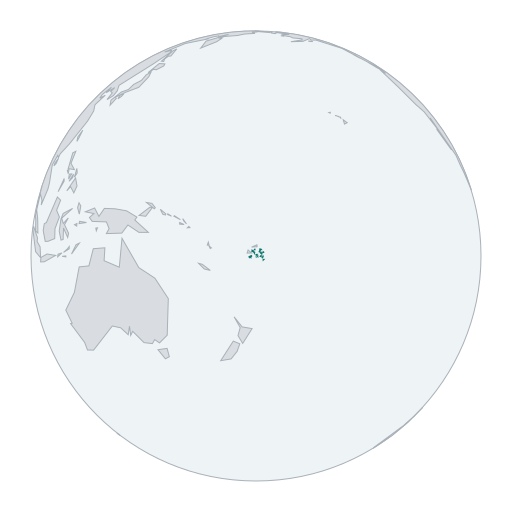 the Earth from above Eastern
{"feature_id": "FJI-2618", "entity_name": "Eastern", "entity_type": "Division", "adm_level": 1, "iso_a3": "FJI", "parent_name": "Fiji", "parent_adm1": "", "projection": "orthographic", "projection_center": [179.768, -18.91], "detail": "fine", "context": "on_globe", "style": "filled", "palette": "teal", "viewbox_px": 512, "rotation_deg": 0, "n_neighbors": 0, "source": "natural_earth", "source_scale": "10m", "svg_char_len": 7938}
<svg xmlns="http://www.w3.org/2000/svg" viewBox="0 0 512 512"><circle cx="256" cy="256" r="225" fill="#eef3f6" stroke="#a8b0b8"/><path d="M256.9,244.8L257.2,246.5L256.9,246.7L256.9,244.8ZM471.4,190.0L464.2,173.2L460.3,165.2L455.9,155.2L430.2,117.9L451.6,150.0L445.8,142.0L437.0,129.7L436.8,128.1L424.2,111.9L415.9,104.6L398.1,86.9L379.9,69.6L385.6,73.3L380.5,69.3L373.0,64.8L369.3,62.9L341.8,48.3L315.9,40.1L311.1,40.1L309.5,38.6L302.8,41.4L290.9,41.7L302.3,39.9L301.8,38.8L292.7,37.9L290.3,36.7L284.5,35.8L282.4,34.6L289.2,34.4L288.0,33.9L281.6,33.3L275.5,32.4L285.0,33.1L275.3,31.7L280.7,32.1L296.9,34.5L312.9,38.0L328.6,42.7L343.9,48.6L358.7,55.5L373.0,63.5L386.7,72.5L399.7,82.5L411.9,93.4L423.3,105.1L433.8,117.7L443.4,131.0L452.0,144.9L459.5,159.4L466.0,174.5L471.4,190.0ZM391.8,435.8L389.0,437.6L383.5,441.5L384.8,440.4L384.2,440.6L381.5,442.2L389.0,436.3L399.9,428.2L403.8,425.5L405.7,423.6L414.7,415.9L413.9,416.5L422.9,407.3L408.0,422.3L391.8,435.8ZM344.5,124.1L343.2,119.8L347.2,122.7L344.5,124.1ZM340.3,117.1L341.2,118.6L340.0,117.4L340.3,117.1ZM338.0,116.2L339.6,116.9L337.8,116.5L338.0,116.2ZM335.0,115.5L336.6,115.7L336.4,115.9L335.0,115.5ZM330.1,113.2L328.9,112.5L330.3,112.3L330.1,113.2ZM368.1,62.4L373.1,64.9L380.8,69.8L376.9,67.7L368.1,62.4ZM353.2,54.5L354.9,55.0L360.3,58.3L357.7,57.0L353.2,54.5ZM308.3,40.9L312.9,41.6L309.2,41.4L308.3,40.9ZM284.1,35.9L283.5,36.2L280.8,35.7L284.1,35.9ZM275.0,33.6L270.7,32.9L276.3,33.5L275.0,33.6ZM269.0,32.5L258.5,31.6L256.4,32.0L256.3,30.9L265.3,31.6L272.4,32.1L268.6,32.1L269.0,32.5ZM258.7,30.7L258.0,30.7L257.5,30.7L258.7,30.7ZM373.9,447.4L387.1,437.7L380.9,442.6L383.1,441.7L373.8,447.9L373.9,447.4ZM230.2,32.2L230.5,32.2L241.5,31.3L243.4,31.2L243.6,31.1L256.3,30.9L256.4,32.0L252.0,32.2L255.0,33.4L244.7,34.0L237.5,35.5L224.4,36.5L219.9,38.2L221.6,38.5L216.7,41.7L200.7,48.1L206.1,41.1L228.6,34.4L218.8,36.6L218.7,35.9L213.8,36.7L207.1,38.7L207.7,39.0L185.3,43.5L164.6,52.0L171.5,50.4L170.3,52.5L152.8,64.2L119.1,85.3L117.2,91.0L113.4,95.6L107.0,99.6L112.3,92.8L110.7,91.6L114.7,87.6L106.2,92.7L111.5,87.2L102.3,94.5L99.8,98.2L105.3,95.2L95.0,104.7L93.7,111.0L87.5,121.2L69.5,143.8L60.2,153.9L58.4,157.7L57.8,155.3L52.3,164.9L49.5,182.7L47.9,189.1L41.2,205.0L42.0,200.3L40.4,193.8L36.7,209.9L37.7,218.9L37.9,233.0L35.6,231.0L35.8,219.0L35.3,216.3L37.9,202.5L42.3,185.0L41.1,188.5L46.5,173.2L53.0,158.4L60.5,144.0L69.1,130.3L78.6,117.1L89.0,104.7L100.4,93.1L112.5,82.4L125.3,72.5L138.9,63.6L153.0,55.6L167.7,48.7L182.8,42.9L198.4,38.2L214.2,34.6L230.2,32.2ZM116.8,433.1L118.7,434.3L120.2,435.6L116.8,433.1ZM62.1,256.3L65.8,255.9L65.9,256.9L62.1,256.3ZM58.0,254.2L61.9,252.9L57.7,256.8L58.0,254.2ZM63.5,252.4L67.5,248.8L69.2,246.5L69.2,248.8L63.5,252.4ZM55.6,255.4L44.3,261.8L40.6,261.9L40.9,257.5L47.0,254.0L55.6,255.4ZM40.6,257.7L35.6,251.7L32.8,228.7L33.7,226.7L37.5,237.9L37.1,241.4L40.1,246.9L40.6,257.7ZM55.0,228.6L54.7,238.6L48.0,241.3L45.2,241.4L43.2,230.5L44.3,223.7L46.4,222.5L57.4,197.0L60.6,200.2L56.6,210.3L59.4,217.0L55.0,228.6ZM64.1,181.2L58.1,191.7L64.2,178.5L64.1,181.2ZM69.0,169.5L68.2,173.7L67.3,170.3L69.0,169.5ZM56.2,163.4L53.9,165.9L54.9,163.1L58.5,158.2L56.2,163.4ZM82.8,130.2L78.7,138.4L76.9,141.4L77.8,137.0L82.8,130.2ZM233.3,341.1L239.8,343.8L237.1,351.4L231.1,358.9L220.7,360.7L233.3,341.1ZM165.4,358.8L158.0,349.7L167.1,348.4L169.3,356.7L165.4,358.8ZM238.0,335.6L240.2,327.6L234.1,316.8L242.1,326.9L252.1,328.6L242.7,343.4L238.0,335.6ZM112.3,326.0L93.6,350.1L87.5,350.0L84.7,342.5L70.6,323.6L72.2,323.3L65.8,310.1L74.4,292.3L79.2,266.9L88.9,265.9L93.3,248.7L104.9,247.8L104.1,260.7L119.3,267.2L122.0,238.3L138.8,267.6L154.9,278.2L168.3,298.6L167.2,335.2L159.5,342.9L154.7,339.6L152.4,343.6L144.0,342.6L132.7,331.3L130.7,335.4L129.5,326.2L128.2,334.7L120.7,327.8L112.3,326.0ZM198.6,263.3L202.3,264.3L210.3,270.4L204.3,269.0L198.6,263.3ZM248.1,250.0L251.5,253.0L247.1,253.1L248.1,250.0ZM256.9,246.7L251.6,247.1L256.9,244.8L256.9,246.7ZM208.9,245.8L211.4,247.9L210.2,248.5L208.9,245.8ZM207.3,245.1L208.3,242.1L209.1,245.2L207.3,245.1ZM187.4,227.8L188.8,226.4L189.9,227.6L187.4,227.8ZM71.5,254.0L76.1,244.6L79.4,243.1L71.5,254.0ZM184.1,224.5L179.6,224.1L179.7,222.5L184.1,224.5ZM183.6,220.8L182.7,218.6L186.5,223.9L183.6,220.8ZM174.4,215.7L180.4,219.7L173.9,216.2L174.4,215.7ZM171.5,216.2L167.6,214.5L167.8,213.8L171.5,216.2ZM134.8,220.0L148.4,232.4L139.0,232.4L127.9,225.0L121.8,233.1L106.4,233.6L109.1,228.6L106.4,221.9L92.2,221.4L89.4,217.5L93.9,213.6L85.4,211.8L94.6,208.0L98.9,216.4L104.4,208.4L115.1,208.8L126.5,210.8L136.9,217.1L134.8,220.0ZM95.8,228.1L97.5,227.8L96.3,230.8L95.8,228.1ZM160.3,209.3L165.9,213.9L165.4,215.0L162.8,214.3L160.3,209.3ZM139.1,215.4L149.7,207.3L152.5,207.4L145.7,216.3L139.1,215.4ZM146.5,202.5L152.0,203.4L155.3,207.7L154.3,208.8L146.5,202.5ZM76.9,223.5L76.7,226.1L74.5,224.7L76.9,223.5ZM79.6,221.3L86.5,222.5L79.1,223.6L79.6,221.3ZM61.7,218.2L63.3,223.5L68.3,217.9L64.5,224.7L68.6,233.3L67.7,237.5L63.5,228.0L63.1,239.5L61.0,240.1L59.2,231.1L61.0,218.9L63.2,213.4L72.6,208.4L61.7,218.2ZM79.3,214.1L77.6,207.7L79.0,202.8L80.8,205.9L79.3,214.1ZM73.8,192.9L70.6,186.7L66.8,190.8L75.6,177.9L77.0,186.0L73.8,192.9ZM72.7,177.6L69.0,181.3L73.5,174.1L72.7,177.6ZM68.6,179.1L69.3,174.1L71.7,173.9L68.6,179.1ZM74.4,177.2L76.9,168.4L77.2,173.0L74.4,177.2ZM71.0,163.3L74.4,169.6L68.2,168.6L72.8,152.8L75.8,151.3L71.0,163.3ZM117.9,98.8L119.9,95.3L123.9,93.7L121.4,96.5L117.9,98.8ZM138.8,87.3L125.6,92.3L115.3,97.2L116.3,98.4L110.1,105.2L111.0,100.1L121.4,92.0L128.4,89.5L133.7,84.4L141.4,80.4L146.3,74.8L151.0,72.2L148.8,76.7L138.8,87.3ZM148.1,72.6L159.3,63.5L164.9,63.9L163.7,66.0L156.2,69.8L153.7,69.3L148.1,72.6ZM163.7,61.5L161.4,61.2L173.0,50.8L176.8,48.9L170.9,56.0L168.4,56.2L164.6,59.0L163.7,61.5ZM256.3,30.7L254.7,30.7L256.3,30.7Z" fill="#d9dde1" stroke="#a8b0b8" stroke-width="1"/><path d="M251.0,256.2L251.3,256.3L251.2,256.5L250.9,256.5L250.7,256.6L250.6,256.4L250.3,256.5L250.2,256.6L250.1,256.8L250.2,257.0L250.0,256.9L249.9,256.9L249.9,257.0L249.7,257.0L249.6,256.9L249.5,257.0L249.4,257.0L249.4,256.9L249.4,257.0L249.3,256.9L249.5,256.8L249.6,256.7L249.9,256.7L250.0,256.5L250.1,256.4L250.3,256.2L250.5,256.3L250.5,256.2L250.8,256.1L251.0,256.1L251.0,256.2ZM254.4,252.4L254.5,252.5L254.4,252.9L254.3,252.7L254.2,252.6L254.1,252.4L254.1,252.5L254.0,252.4L254.0,252.2L254.3,252.2L254.4,252.4L254.4,252.4ZM254.8,249.6L254.8,249.8L254.7,249.9L254.7,250.0L254.6,249.8L254.5,249.7L254.7,249.4L254.8,249.4L254.8,249.5L254.8,249.6ZM252.3,251.0L252.3,250.9L252.4,251.0L252.5,251.1L252.5,251.3L252.4,251.4L252.2,251.4L252.1,251.1L252.3,251.0ZM263.3,252.0L263.5,252.2L263.4,252.3L263.2,252.3L263.0,252.2L263.3,252.0ZM260.8,249.2L260.9,249.3L261.0,249.4L260.9,249.5L260.7,249.7L260.7,249.4L260.8,249.4L260.7,249.3L260.6,249.2L260.8,249.2ZM256.7,254.6L256.5,254.8L256.5,255.0L256.4,255.0L256.4,254.9L256.2,254.8L256.2,254.7L256.3,254.7L256.6,254.6L256.7,254.6ZM261.5,253.2L261.6,253.3L261.4,253.4L261.2,253.3L261.3,253.2L261.5,253.2L261.5,253.2ZM251.4,255.9L251.4,256.0L251.2,256.0L251.2,255.9L251.3,255.8L251.4,255.9ZM257.4,256.2L257.6,256.1L257.6,256.3L257.5,256.2L257.4,256.2L257.4,256.3L257.4,256.2ZM256.0,256.8L256.1,257.0L255.9,257.1L256.0,257.0L256.0,256.9L256.0,256.8ZM259.4,251.5L259.4,251.4L259.5,251.3L259.6,251.5L259.4,251.5ZM260.7,256.2L260.8,256.1L260.8,256.3L260.7,256.3L260.7,256.2ZM260.4,252.3L260.5,252.3L260.4,252.5L260.4,252.4L260.4,252.2L260.4,252.3ZM262.1,256.9L262.2,257.0L262.3,257.0L262.2,257.1L262.1,256.9L262.1,256.9ZM260.0,250.4L260.0,250.2L260.1,250.3L260.0,250.4ZM254.7,251.6L254.7,251.8L254.7,251.7L254.7,251.6ZM252.1,251.3L252.2,251.5L252.3,251.5L252.2,251.5L252.1,251.4L252.1,251.3ZM253.1,250.9L253.3,251.0L253.2,251.1L253.1,250.9ZM262.7,257.0L262.8,256.9L262.8,257.0L262.7,257.1L262.7,257.0ZM262.4,255.1L262.5,254.9L262.5,255.0L262.4,255.1ZM261.0,255.9L260.9,255.9L261.0,255.8L261.0,255.9ZM263.4,259.7L263.5,259.6L263.4,259.6L263.4,259.7Z" fill="#14b8a6" stroke="#0f766e" stroke-width="1.5"/></svg>